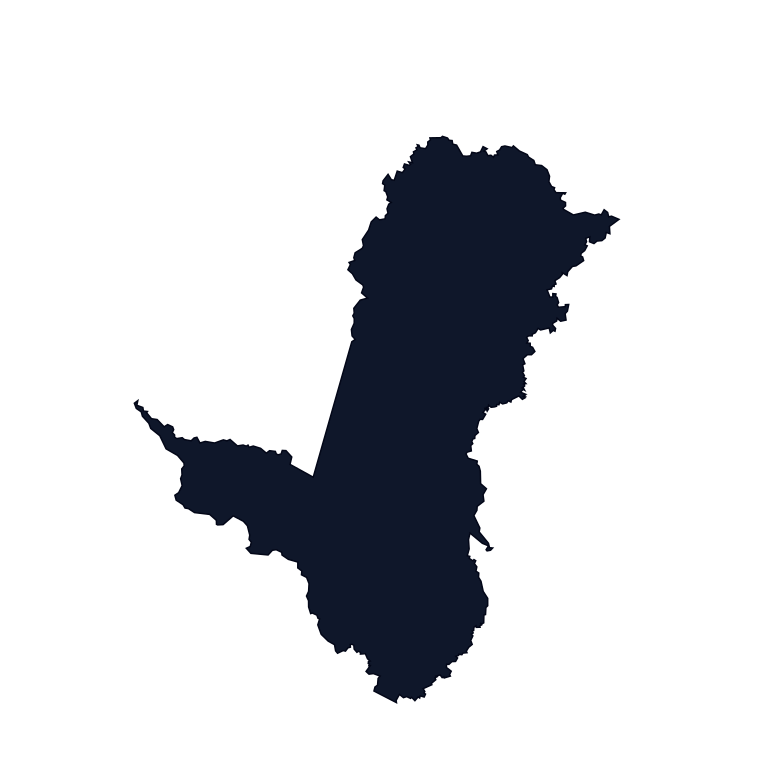 Vegachí, Antioquia, Colombia (Albers equal-area conic projection), rotated 300°
{"feature_id": "7082276B51792749942649", "entity_name": "Vegachí", "entity_type": "district", "adm_level": 2, "iso_a3": "COL", "parent_name": "Colombia", "parent_adm1": "Antioquia", "projection": "albers", "projection_center": [-74.763, 6.859], "detail": "fine", "context": "isolated", "style": "filled", "palette": "ink", "viewbox_px": 768, "rotation_deg": 300, "n_neighbors": 0, "source": "geoboundaries", "source_scale": "gbopen_adm2", "svg_char_len": 6171}
<svg xmlns="http://www.w3.org/2000/svg" viewBox="0 0 768 768"><g transform="rotate(300 384 384)"><path d="M644.1,505.2L643.1,497.1L641.1,495.0L644.4,491.9L645.0,487.5L639.1,487.6L638.6,485.0L635.6,482.0L633.4,472.4L625.1,463.5L625.0,452.4L625.7,451.1L629.0,452.2L632.0,450.4L631.5,445.1L633.4,443.5L638.5,443.4L638.8,445.7L640.4,445.7L635.7,437.3L637.3,434.0L639.3,433.6L638.8,430.4L641.7,425.6L646.7,423.5L651.1,418.0L652.0,411.3L649.5,405.4L652.5,402.0L652.8,395.7L654.3,393.4L653.5,384.8L654.9,377.0L652.8,376.7L650.6,369.7L648.3,367.2L644.4,367.1L641.7,365.4L639.4,368.1L637.5,365.2L635.1,365.5L635.6,362.2L633.7,359.8L636.0,356.2L635.6,354.0L639.3,355.7L639.1,351.1L633.3,351.5L630.2,348.8L628.6,344.3L624.9,344.9L622.5,341.6L620.9,338.2L627.2,327.4L626.1,323.6L628.9,321.3L627.6,318.5L628.8,316.0L627.7,310.8L625.8,310.2L620.1,300.7L618.5,302.2L615.5,300.9L612.8,302.5L608.6,302.3L606.6,297.2L608.3,294.8L607.8,293.2L606.7,294.8L604.5,293.6L603.3,295.5L599.8,293.4L598.2,294.9L594.1,293.2L589.9,298.0L588.7,294.4L587.4,297.2L586.0,296.5L584.8,291.7L581.1,292.4L581.0,294.4L579.7,294.7L576.2,294.2L575.0,289.0L565.5,291.0L564.6,288.2L567.6,282.7L559.5,281.6L556.8,282.6L556.7,285.2L551.5,287.4L551.5,289.4L547.9,293.7L544.9,294.4L544.9,299.5L542.1,298.2L537.2,299.0L533.9,302.1L530.5,301.0L527.6,302.4L523.9,298.0L524.6,293.7L518.0,291.9L509.6,293.7L498.2,293.0L493.5,297.1L490.6,297.3L483.2,293.4L478.3,294.7L476.3,296.9L471.8,292.9L470.6,295.2L464.9,295.6L463.7,301.5L460.1,307.7L459.2,316.1L457.7,317.9L451.7,319.0L450.2,326.8L444.8,321.5L434.5,320.0L430.4,322.8L427.4,322.9L425.8,325.5L421.7,327.8L414.9,328.5L409.7,332.3L408.2,336.8L404.5,335.0L267.9,369.3L267.4,342.8L274.7,340.6L277.3,332.4L275.6,329.1L272.0,329.9L269.8,327.8L269.5,325.8L271.3,323.6L269.0,318.2L265.3,316.7L266.6,309.3L264.9,301.8L261.8,298.9L263.1,296.8L261.3,295.8L260.7,292.5L257.1,288.0L259.0,278.4L256.2,276.4L255.3,272.8L248.2,266.8L244.9,257.9L240.9,254.1L244.3,248.6L242.3,246.5L238.4,245.4L236.1,239.0L236.6,236.1L233.1,231.8L233.2,229.3L235.2,228.1L236.0,225.0L239.3,224.7L241.2,222.4L240.7,216.9L237.0,215.0L239.8,205.3L237.7,200.0L240.4,192.8L241.9,192.9L240.3,189.2L243.1,186.9L242.0,180.6L246.5,179.1L242.5,177.4L239.0,181.7L238.5,187.7L235.3,190.9L232.4,200.0L228.9,204.2L227.1,215.7L218.9,227.7L218.9,240.9L215.6,250.2L213.3,251.9L209.3,251.3L204.2,254.6L200.3,255.2L195.1,260.0L187.2,260.5L183.1,258.5L179.5,262.1L179.0,270.3L177.1,273.7L178.3,277.0L177.9,284.2L183.9,298.2L182.1,307.0L178.7,309.1L178.8,310.4L181.8,315.0L194.4,319.3L194.8,330.9L192.9,336.6L186.0,343.3L182.0,344.8L180.6,348.2L176.4,349.4L172.9,346.9L170.8,353.4L178.0,369.1L184.2,370.5L186.6,373.5L187.1,379.6L184.9,381.2L184.3,388.8L186.7,398.4L181.6,401.3L181.0,406.3L177.5,407.9L177.8,413.7L173.6,418.9L166.7,422.4L161.6,422.9L158.6,427.0L153.2,430.2L148.5,435.3L149.8,436.4L150.3,441.4L148.1,444.0L148.4,445.7L142.3,447.1L135.8,454.8L133.4,464.3L133.5,471.5L128.7,475.5L127.6,478.4L132.7,481.9L133.4,484.2L137.5,484.7L139.3,486.5L141.5,485.0L142.5,486.3L142.8,488.4L139.5,490.7L138.1,494.7L139.8,495.5L139.8,497.8L138.3,498.6L141.1,502.7L137.8,507.1L137.2,510.5L135.9,509.3L134.1,510.1L134.2,511.4L132.5,511.7L133.2,512.9L126.1,512.2L125.2,516.1L127.9,519.6L129.1,526.7L126.1,526.1L119.9,529.0L117.1,527.7L113.1,528.8L114.3,554.1L116.1,552.7L122.9,552.6L122.1,557.7L124.6,559.9L125.0,564.2L126.5,564.6L125.2,569.1L130.0,570.0L129.9,571.9L132.0,571.2L133.0,575.3L136.2,575.0L136.4,573.0L138.1,573.1L139.7,570.2L147.5,575.8L148.4,574.7L153.8,576.7L155.0,575.0L157.0,576.3L157.1,575.2L160.1,578.1L158.8,581.2L160.4,582.2L159.5,583.1L164.2,587.5L165.1,586.1L168.9,585.8L169.7,579.8L172.7,578.3L173.6,580.4L177.5,581.6L179.5,584.7L183.5,584.7L184.1,582.3L186.2,584.3L187.3,583.8L188.5,586.8L190.4,586.9L192.8,590.2L193.7,588.9L198.3,589.0L202.6,590.6L205.3,587.3L210.3,586.9L211.1,584.7L213.0,585.7L214.3,583.8L215.4,584.9L218.2,583.5L220.6,584.5L219.4,585.6L221.4,588.8L222.3,587.8L224.3,589.0L225.2,586.7L225.1,588.6L227.0,589.8L233.9,586.0L235.1,587.2L241.4,584.0L243.8,584.7L250.2,581.0L254.0,573.6L261.7,566.6L263.9,562.5L267.7,560.6L267.9,557.2L272.1,555.8L273.6,552.1L276.8,551.8L276.9,549.7L275.3,549.4L275.6,545.0L277.6,544.5L276.9,542.0L283.7,540.2L291.5,535.0L297.9,533.0L295.2,548.8L296.1,555.4L291.5,555.3L291.0,556.7L293.3,559.4L296.3,560.1L295.0,557.2L298.3,554.1L303.5,540.4L307.2,539.0L315.0,527.6L321.1,527.6L324.6,525.9L332.5,529.1L337.7,525.1L344.5,525.1L346.0,517.5L356.7,511.0L360.3,507.4L360.9,504.5L363.9,503.3L361.8,494.0L364.5,489.9L366.6,490.1L369.7,493.1L374.1,489.9L376.7,490.7L378.2,488.7L381.0,488.5L382.2,489.8L384.8,488.5L389.2,490.0L391.7,486.7L399.2,484.6L401.5,484.9L402.6,487.1L408.7,487.2L408.8,483.8L412.1,484.6L413.3,483.4L413.9,484.6L412.1,486.9L414.8,487.0L415.2,484.7L416.3,485.9L418.0,485.1L417.4,488.4L419.4,491.1L421.0,492.6L422.6,491.9L423.5,493.9L426.0,493.3L426.1,496.7L429.0,499.7L431.6,500.0L431.8,502.9L434.3,502.3L441.1,506.8L439.9,511.5L442.7,513.1L442.8,511.2L444.2,512.5L444.4,510.6L445.9,511.8L445.2,506.4L448.8,507.1L448.9,508.9L450.5,506.3L449.0,505.1L452.5,506.8L454.1,505.7L453.5,504.1L455.3,506.7L456.1,504.0L459.8,504.3L459.5,501.4L461.5,501.4L463.4,498.0L465.2,498.6L469.9,494.5L472.0,495.9L475.5,491.7L481.0,493.5L483.1,497.1L487.6,498.4L490.1,494.3L489.7,491.9L492.4,490.2L490.9,487.2L493.7,487.2L495.6,484.2L498.0,485.1L499.8,488.3L501.2,487.5L504.1,489.5L509.2,489.7L509.1,492.6L515.1,499.0L511.4,502.5L515.0,503.7L515.2,505.7L517.9,504.8L519.3,500.6L520.9,499.8L524.9,502.0L527.5,501.0L526.7,505.6L530.4,509.7L535.5,505.7L538.8,506.4L545.2,504.2L543.4,501.4L541.6,502.3L537.7,496.7L539.1,494.4L541.8,494.5L545.5,490.6L545.6,488.8L548.0,487.9L546.7,485.0L543.8,486.7L542.2,484.3L547.1,478.1L550.1,481.5L553.0,480.9L553.6,482.6L555.1,481.7L556.6,483.0L558.9,480.3L563.9,482.9L568.2,483.6L569.6,482.6L569.4,488.3L573.1,487.0L580.0,488.4L582.3,491.2L590.7,495.2L593.3,492.5L593.2,490.4L595.7,489.4L599.9,491.1L605.3,490.9L605.0,488.3L608.5,488.3L611.0,485.9L614.4,488.7L609.9,490.8L610.6,495.6L614.3,497.0L617.1,501.0L621.0,502.5L626.4,500.7L627.1,504.5L633.2,500.4L644.1,505.2Z" fill="#0f172a" stroke="#020617" stroke-width="1.5"/></g></svg>